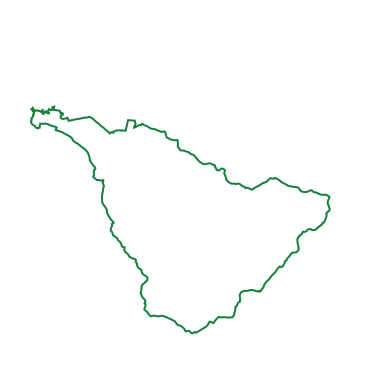 Slatina, Suceava, Romania, rotated 250°
{"feature_id": "2599482B74228482681233", "entity_name": "Slatina", "entity_type": "district", "adm_level": 2, "iso_a3": "ROU", "parent_name": "Romania", "parent_adm1": "Suceava", "projection": "mercator", "projection_center": [25.97, 47.412], "detail": "fine", "context": "isolated", "style": "outline", "palette": "green", "viewbox_px": 384, "rotation_deg": 250, "n_neighbors": 0, "source": "geoboundaries", "source_scale": "gbopen_adm2", "svg_char_len": 5953}
<svg xmlns="http://www.w3.org/2000/svg" viewBox="0 0 384 384"><g transform="rotate(250 192 192)"><path d="M325.1,70.9L324.8,69.4L320.8,70.7L319.8,70.5L319.5,70.3L319.5,69.5L319.3,69.3L318.4,68.9L317.9,69.0L316.6,67.6L316.4,67.2L316.4,66.5L316.1,66.2L314.6,66.0L314.2,65.4L313.6,65.3L313.0,64.6L311.8,64.5L310.8,65.0L309.9,65.1L307.9,66.9L305.7,67.5L304.5,69.1L304.9,69.3L304.6,71.0L306.0,71.4L308.1,72.8L307.0,75.3L306.3,78.0L304.3,80.6L302.5,82.3L299.6,86.4L298.9,86.9L296.9,85.0L293.1,89.9L289.1,93.4L287.5,95.0L285.0,96.8L284.1,97.4L280.9,97.9L278.2,99.5L277.0,100.8L269.3,105.5L268.6,106.2L264.7,107.6L259.8,107.6L256.8,106.8L250.7,108.2L248.8,109.2L247.3,109.3L246.6,108.9L246.4,108.6L246.3,107.8L245.9,107.4L244.0,106.3L242.7,106.3L241.7,105.8L240.0,104.3L235.8,106.6L235.3,108.3L233.4,111.1L233.7,112.4L233.3,112.7L232.0,112.0L230.9,111.1L228.2,111.3L227.5,111.1L226.5,110.5L226.1,109.8L223.5,108.8L222.4,107.9L218.2,105.7L213.6,104.2L211.5,104.2L205.6,105.8L203.4,105.7L201.9,105.1L199.8,105.2L194.9,106.1L189.9,107.9L189.4,105.9L187.5,105.4L186.4,104.0L184.7,102.9L183.3,102.4L181.3,103.3L178.3,103.0L174.3,105.9L172.1,106.0L169.4,107.4L167.8,107.7L164.8,107.6L164.2,108.1L162.9,109.8L162.3,109.6L161.2,108.5L158.0,108.9L156.1,110.3L154.6,110.8L153.5,110.7L152.3,111.4L150.8,112.6L148.0,115.9L147.3,116.0L145.7,115.3L144.3,115.5L143.7,115.9L141.9,115.3L140.5,115.3L137.9,116.3L137.4,116.6L137.1,117.1L136.7,117.5L136.1,117.7L135.6,117.8L134.9,117.3L132.8,117.4L131.0,118.2L128.6,120.0L126.7,120.9L124.1,119.5L121.9,113.7L120.8,112.6L120.2,112.1L119.4,111.9L115.7,110.0L114.7,109.2L114.3,109.0L113.3,109.4L110.9,109.3L108.1,110.1L107.2,110.9L105.9,110.9L105.0,110.7L104.6,110.2L103.7,110.0L103.3,109.3L102.2,109.9L100.2,108.9L98.7,107.3L97.2,107.1L96.2,108.1L95.3,108.3L94.9,108.7L94.0,109.1L92.5,109.3L89.9,110.4L89.3,111.0L89.1,111.6L89.1,113.2L88.8,114.0L86.8,117.5L86.0,121.4L85.5,122.3L82.4,126.0L81.5,126.6L79.2,129.2L77.8,130.2L77.2,131.0L76.0,131.9L73.0,132.5L71.2,133.9L70.5,135.2L68.5,136.7L67.0,137.5L64.2,138.4L63.6,138.2L62.9,138.9L62.7,141.4L62.4,141.8L60.1,142.9L59.3,143.6L59.0,144.3L59.0,144.8L59.6,146.7L58.6,147.4L58.6,148.5L59.0,151.5L59.9,155.0L60.2,157.5L60.6,159.0L62.0,161.9L63.5,163.0L64.1,164.6L61.5,167.2L63.6,170.4L65.5,174.2L63.9,177.3L63.5,179.1L61.2,184.1L60.5,187.2L62.1,189.5L67.5,192.9L69.3,193.6L69.5,194.9L70.6,196.1L71.8,197.0L72.3,197.9L72.6,199.6L73.7,199.9L75.0,200.7L77.3,201.1L78.9,201.7L80.1,202.6L81.0,204.1L81.2,207.0L80.0,211.0L80.2,211.6L79.6,214.2L78.9,215.9L76.7,218.7L75.9,220.3L76.2,221.1L75.7,221.9L75.1,222.1L75.2,222.5L76.3,223.6L78.0,226.6L79.9,227.9L81.6,230.1L84.0,235.2L86.1,238.2L87.5,241.7L90.4,245.8L91.9,248.4L91.8,249.1L91.6,249.6L90.8,250.3L91.0,251.6L91.9,252.9L94.2,255.2L94.9,255.4L95.3,256.0L95.6,257.7L96.6,258.4L97.2,259.1L98.3,261.6L99.8,263.6L100.6,265.4L100.5,266.1L100.3,266.5L100.2,267.3L99.7,269.3L100.8,272.0L101.2,272.4L103.2,273.2L104.8,273.2L105.8,273.6L107.6,273.7L111.4,274.7L111.6,275.1L112.4,275.6L112.8,276.1L113.0,277.0L113.8,277.3L114.1,277.6L114.4,279.3L115.2,280.9L116.7,282.6L116.8,282.9L116.1,283.9L116.0,285.9L117.1,288.2L117.2,288.7L117.1,289.3L116.7,290.4L116.0,291.3L115.2,291.8L114.6,293.1L114.3,294.7L114.5,295.5L114.4,296.0L115.1,296.9L115.5,298.1L116.0,298.9L116.0,299.5L116.8,302.0L116.9,302.9L118.4,304.1L118.2,305.1L118.3,305.6L119.5,306.9L122.3,309.4L124.5,310.8L125.8,310.8L126.7,312.2L127.6,314.7L128.5,315.5L132.3,315.8L134.1,315.4L137.1,316.7L140.1,319.5L140.7,319.3L143.3,317.4L144.0,316.2L144.0,315.4L145.6,311.9L149.1,308.4L150.4,306.3L152.7,304.9L153.1,304.0L152.7,300.6L153.0,299.1L153.5,297.5L155.1,295.0L155.9,294.5L159.4,293.5L160.4,292.7L162.5,288.4L165.2,284.1L166.2,283.6L170.8,279.4L171.7,279.1L175.3,276.5L175.7,275.8L176.5,275.3L176.8,274.9L176.6,273.7L176.7,272.9L176.9,272.2L178.1,270.8L178.2,270.2L176.1,265.3L176.1,261.2L175.3,258.2L174.7,253.7L173.7,248.9L177.0,245.7L177.2,245.1L177.3,243.8L177.8,243.3L178.5,243.4L179.1,242.9L180.4,241.2L182.9,239.8L183.9,238.8L184.5,235.9L185.7,234.1L186.1,232.3L188.8,229.7L191.6,228.5L195.7,228.9L198.3,228.6L201.2,230.4L201.8,230.2L203.0,229.3L203.7,228.4L203.9,227.4L203.1,225.0L203.1,224.4L204.3,222.8L204.6,222.6L205.9,222.9L207.2,222.1L208.5,222.7L209.3,222.6L210.0,221.5L212.0,219.7L212.8,218.6L213.2,217.2L213.8,213.3L214.4,212.1L217.6,209.6L220.9,208.2L225.7,206.5L226.5,205.9L228.2,203.6L229.3,203.2L231.0,202.0L231.5,201.0L233.8,198.4L234.6,196.3L235.4,195.2L237.7,195.0L238.2,194.5L239.3,194.1L240.3,194.4L241.4,195.2L245.7,196.1L246.8,192.9L247.6,191.5L249.1,189.3L250.5,188.4L251.7,187.0L254.2,186.9L257.2,187.4L258.2,186.9L258.6,186.4L258.6,184.4L259.6,183.0L263.5,178.9L265.8,174.9L269.1,172.4L271.2,169.9L273.0,168.8L273.1,168.3L272.2,166.9L272.6,166.4L272.8,165.6L272.9,164.3L272.5,162.3L272.2,159.7L273.1,160.0L274.8,161.9L275.4,162.3L276.0,162.5L276.8,162.2L278.6,162.7L281.4,156.5L272.3,150.6L274.0,146.9L273.8,146.8L274.6,145.5L275.7,141.7L275.7,141.0L275.5,138.7L274.9,138.4L275.5,138.1L275.4,137.4L275.7,136.8L275.8,136.0L275.1,134.9L283.1,130.5L285.3,129.0L288.9,127.3L289.7,126.5L294.8,123.9L297.0,122.0L297.8,121.0L297.9,120.1L297.9,119.0L298.8,115.5L299.2,112.0L300.1,107.3L300.8,102.1L300.8,101.4L301.2,100.3L302.6,100.6L304.4,100.2L304.0,99.4L304.4,98.2L304.6,96.6L304.8,95.4L306.2,94.4L307.2,94.1L308.3,94.5L308.7,94.8L308.7,96.4L309.0,97.1L309.7,97.5L310.6,97.1L310.5,96.6L311.1,95.6L312.0,95.3L312.9,95.7L313.5,95.5L315.8,91.5L316.3,90.4L317.1,90.4L319.3,91.7L319.5,90.0L319.4,89.8L318.1,89.4L317.2,88.5L317.0,88.0L317.1,87.2L318.8,85.9L316.9,84.1L316.0,84.1L315.1,84.7L314.8,84.6L315.0,83.7L315.9,83.6L315.8,83.2L316.6,82.1L317.3,82.9L317.7,82.7L317.8,82.0L317.6,81.4L317.7,80.7L316.2,79.3L316.1,79.0L316.8,78.3L319.3,79.3L320.0,79.9L320.3,79.5L318.9,78.5L318.7,78.0L319.3,77.2L320.2,76.8L320.5,75.8L321.3,75.0L322.0,73.8L321.7,73.1L321.9,72.4L322.8,71.5L323.6,71.6L325.4,71.2L325.1,70.9Z" fill="none" stroke="#15803d" stroke-width="2"/></g></svg>